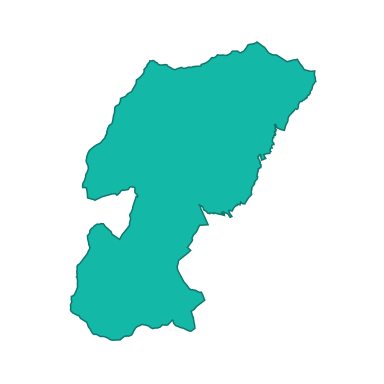 the district of Jidvei, Alba, Romania, rotated 187°
{"feature_id": "2599482B43900513786531", "entity_name": "Jidvei", "entity_type": "district", "adm_level": 2, "iso_a3": "ROU", "parent_name": "Romania", "parent_adm1": "Alba", "projection": "albers", "projection_center": [24.101, 46.229], "detail": "fine", "context": "isolated", "style": "filled", "palette": "teal", "viewbox_px": 384, "rotation_deg": 187, "n_neighbors": 0, "source": "geoboundaries", "source_scale": "gbopen_adm2", "svg_char_len": 6034}
<svg xmlns="http://www.w3.org/2000/svg" viewBox="0 0 384 384"><g transform="rotate(187 192 192)"><path d="M250.0,317.0L250.0,315.4L250.9,314.7L251.4,313.2L251.8,313.3L252.1,312.4L252.2,311.0L254.6,307.7L254.2,306.8L254.4,304.5L255.2,302.7L257.8,299.2L259.2,297.7L260.8,296.5L260.7,292.7L263.1,287.2L264.1,284.3L267.7,281.7L268.8,280.2L269.1,279.4L270.1,278.4L273.2,276.9L274.4,275.9L274.2,274.7L274.2,273.1L275.2,269.9L277.3,268.6L278.4,267.5L278.9,266.2L278.6,261.0L279.2,258.2L279.4,252.4L279.9,250.0L282.4,247.9L282.5,246.8L282.9,246.0L283.4,244.6L283.7,242.1L284.0,241.7L284.0,241.3L283.6,240.9L284.0,238.2L284.5,238.0L285.1,235.0L287.3,232.0L287.7,231.0L289.1,229.3L292.2,227.3L294.9,225.0L298.8,220.9L299.8,218.5L300.8,213.9L300.8,209.4L298.1,204.8L298.0,203.6L297.7,202.7L298.6,198.3L299.2,197.4L299.6,195.9L299.4,194.3L300.2,189.7L301.3,187.6L301.4,184.6L300.9,183.0L299.4,183.4L297.3,183.2L295.9,178.9L294.9,173.4L287.5,172.3L287.3,172.0L281.0,176.2L270.9,180.4L267.7,181.0L266.4,179.7L265.6,180.0L263.7,182.4L262.8,184.1L262.2,184.8L260.8,185.5L259.9,185.4L255.8,186.6L255.2,187.4L254.8,188.5L254.3,189.2L253.3,189.8L252.0,189.6L250.6,189.8L249.8,189.6L249.1,189.0L248.9,188.0L249.0,186.6L248.5,184.5L247.7,183.6L246.8,183.3L245.8,182.4L245.4,181.2L245.4,180.6L246.8,181.0L248.9,170.2L248.9,168.3L249.8,164.6L250.5,163.2L251.0,161.9L250.8,160.7L249.8,158.6L249.7,157.0L250.2,153.8L250.0,150.6L250.8,150.0L251.3,148.7L256.1,141.2L258.1,136.1L266.2,140.3L267.7,143.1L269.2,143.8L270.0,144.6L273.8,147.1L276.0,149.6L277.8,149.6L279.2,149.2L280.2,148.6L282.0,148.6L282.7,148.3L285.0,146.2L285.9,144.7L287.2,143.7L288.6,141.5L288.7,141.2L288.5,139.7L288.7,138.9L289.2,137.6L290.3,136.1L290.4,135.3L289.8,132.6L288.1,128.3L288.2,127.4L286.8,125.2L286.7,123.0L287.4,121.4L288.5,117.8L294.7,107.1L296.2,105.9L296.8,105.1L297.0,104.0L297.0,103.2L296.5,101.4L296.7,99.5L295.7,93.9L296.3,93.5L295.4,92.6L294.7,89.5L294.6,86.9L294.0,83.7L295.2,78.6L295.5,78.2L296.1,75.9L297.9,74.1L299.0,73.7L298.6,70.0L298.2,69.3L298.0,68.2L298.9,64.9L298.3,63.1L298.3,61.1L298.1,59.8L297.2,58.7L295.3,57.3L290.8,55.7L289.4,55.5L288.9,55.2L287.3,53.0L280.5,49.8L278.3,45.4L276.2,43.3L275.3,41.8L273.4,39.6L272.1,38.7L269.6,39.1L265.2,37.4L262.7,37.8L261.0,37.7L257.8,36.8L255.1,35.5L253.2,35.2L245.3,36.5L243.6,38.4L242.5,39.4L241.8,40.3L240.2,41.0L239.7,40.8L238.7,41.3L237.6,41.1L235.0,42.4L234.5,42.9L233.9,43.8L232.9,47.0L231.3,50.3L229.7,51.9L227.2,53.2L225.5,54.6L224.2,54.3L222.0,54.3L218.6,53.7L216.6,52.4L214.4,51.6L211.8,52.6L209.9,52.7L207.2,54.0L205.1,56.6L201.1,56.7L199.8,57.2L195.9,62.5L195.5,62.4L193.8,59.0L191.7,57.3L189.3,56.9L188.6,56.5L186.1,55.9L184.1,55.8L179.4,54.1L177.0,53.6L175.8,53.9L172.5,57.0L173.2,60.4L173.9,62.0L175.5,67.9L176.5,69.2L177.3,71.4L178.4,73.4L175.4,75.9L173.4,79.1L166.2,86.2L169.1,91.6L170.6,93.7L171.7,93.4L172.8,93.5L174.3,93.8L175.3,94.5L177.5,95.0L178.5,94.8L179.6,95.1L181.3,94.9L182.3,95.2L182.6,95.8L183.2,96.0L185.9,99.0L188.9,101.6L194.2,109.0L196.6,112.7L197.3,114.5L197.6,116.5L197.2,118.8L197.0,122.0L196.8,122.6L188.4,131.3L186.2,133.9L189.9,136.5L188.9,137.8L186.0,143.2L185.6,144.6L186.4,146.1L185.3,149.7L184.4,150.6L183.9,151.2L183.8,151.6L183.2,152.2L181.9,155.2L181.8,156.2L180.7,159.1L180.7,159.5L180.2,160.0L172.0,161.4L181.2,176.5L181.9,178.6L182.8,179.3L183.1,180.0L179.8,178.7L179.0,177.8L178.2,175.7L175.3,174.5L174.2,173.2L173.3,172.8L171.7,172.7L171.6,173.3L170.3,173.6L167.7,173.2L167.5,174.1L162.6,173.3L162.6,173.5L157.0,172.7L157.2,173.6L157.7,174.3L159.0,174.4L159.9,174.2L160.2,174.7L159.2,176.1L158.5,176.3L158.0,176.2L157.6,175.4L157.0,175.1L156.0,175.5L153.7,174.6L152.6,173.5L151.5,171.8L150.8,171.6L149.4,172.7L151.6,174.9L152.3,176.3L153.4,177.7L153.3,178.3L149.8,178.0L148.5,181.5L147.7,182.7L146.8,183.6L145.6,184.1L145.5,185.3L142.7,185.1L142.5,188.0L142.3,188.1L141.3,187.0L140.6,186.6L138.1,186.6L138.0,187.5L137.0,189.3L135.2,193.2L132.5,196.7L133.2,199.3L133.0,202.7L133.0,203.1L133.4,203.4L130.8,207.8L131.5,208.5L131.5,208.8L131.0,209.3L129.8,211.8L128.9,212.8L128.6,215.1L129.4,215.5L129.3,220.2L128.9,220.3L129.1,223.1L128.2,223.3L128.1,224.0L126.7,224.6L126.6,225.0L126.8,227.3L128.1,229.0L128.2,229.6L127.9,229.7L128.4,230.9L128.6,230.8L130.1,233.4L130.7,233.6L130.9,234.3L130.9,235.1L130.1,235.3L129.8,237.1L128.5,237.6L127.9,234.8L126.7,232.1L122.9,234.3L123.7,235.2L125.4,237.8L122.8,239.1L119.5,239.8L119.3,241.6L118.7,241.8L119.4,242.7L119.5,244.6L119.0,245.2L117.8,245.4L118.5,246.7L118.5,247.8L117.8,249.0L116.4,249.1L116.9,250.6L118.5,251.7L118.4,255.5L117.5,255.9L117.8,256.9L117.5,258.1L116.4,258.3L117.1,259.1L116.1,259.8L117.2,261.4L117.5,261.5L117.5,262.0L116.3,262.2L116.5,263.4L115.9,263.9L116.6,264.6L117.4,265.0L117.4,265.6L117.0,266.1L118.2,268.9L117.1,269.2L115.7,266.2L110.9,264.7L107.8,264.5L107.2,269.2L105.5,274.1L105.6,277.5L104.4,280.1L100.9,284.7L99.7,286.9L98.7,287.2L98.2,286.8L97.2,287.4L96.8,290.0L97.1,291.3L96.2,294.4L95.1,295.0L93.7,295.4L93.2,296.5L92.2,296.9L91.6,297.4L90.9,298.7L90.5,298.5L89.6,299.2L89.7,299.7L89.3,300.0L89.5,300.7L88.6,302.0L87.8,302.4L87.8,302.8L86.8,304.2L86.9,306.2L85.9,307.8L85.5,308.8L85.2,312.3L84.0,314.6L83.4,316.2L82.6,316.7L83.3,318.8L83.6,320.8L84.5,322.2L84.9,324.0L84.9,327.1L88.7,326.2L95.5,327.1L97.8,330.0L100.7,332.7L103.6,336.5L107.8,335.2L113.6,332.9L124.7,338.3L128.7,337.9L132.9,339.4L137.4,344.2L145.8,348.8L146.9,347.7L149.2,346.5L152.3,345.7L154.4,344.8L155.7,341.7L157.5,338.5L160.6,336.1L161.9,336.2L164.0,337.4L169.2,336.7L170.6,334.3L172.7,332.7L174.8,331.7L176.6,331.6L177.6,331.8L181.2,331.1L183.4,331.3L185.1,328.8L187.0,327.9L188.8,327.8L190.7,324.8L192.8,322.8L194.3,321.6L198.4,319.7L198.5,318.2L199.1,317.9L203.7,317.2L206.3,316.5L208.3,315.5L210.5,315.6L212.5,314.5L215.0,313.7L215.8,313.7L217.5,314.4L220.8,313.0L223.5,311.4L226.4,311.7L227.3,312.4L230.9,313.7L232.3,315.1L233.8,315.3L236.9,314.4L239.4,314.1L241.6,315.0L242.5,316.1L244.3,316.4L245.0,317.3L246.6,317.8L248.8,317.0L250.0,317.0Z" fill="#14b8a6" stroke="#0f766e" stroke-width="1.5"/></g></svg>